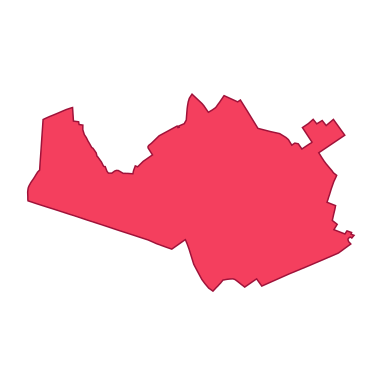 the district of Thanh Xuan, Ha Noi, Vietnam, rotated 183°
{"feature_id": "81297802B66022953489908", "entity_name": "Thanh Xuan", "entity_type": "district", "adm_level": 2, "iso_a3": "VNM", "parent_name": "Vietnam", "parent_adm1": "Ha Noi", "projection": "orthographic", "projection_center": [105.818, 20.995], "detail": "fine", "context": "isolated", "style": "filled", "palette": "rose", "viewbox_px": 384, "rotation_deg": 183, "n_neighbors": 0, "source": "geoboundaries", "source_scale": "gbopen_adm2", "svg_char_len": 3224}
<svg xmlns="http://www.w3.org/2000/svg" viewBox="0 0 384 384"><g transform="rotate(183 192 192)"><path d="M30.7,148.4L31.9,149.6L33.0,150.6L33.8,152.7L33.5,153.7L32.4,154.9L31.3,155.2L30.0,154.4L27.9,157.2L31.0,158.2L30.5,159.9L35.2,161.3L37.1,158.1L48.3,161.8L45.3,167.3L50.4,170.9L49.4,176.9L48.5,181.7L48.2,183.7L48.1,184.8L47.9,185.9L56.6,188.8L56.1,190.9L55.8,191.8L55.5,193.1L55.2,194.3L54.8,195.6L54.6,196.4L53.1,202.4L51.0,209.6L50.9,209.9L49.2,214.0L48.4,216.2L51.7,218.5L52.4,219.3L52.8,219.9L53.3,220.5L54.6,221.9L55.3,222.6L56.5,223.9L59.1,226.7L59.6,227.2L60.4,228.2L60.9,228.8L61.6,229.6L64.6,233.7L66.1,235.9L67.5,237.8L42.4,256.7L54.6,271.9L61.5,265.4L65.7,270.2L71.0,266.6L74.8,270.9L79.4,266.4L85.1,262.1L74.8,248.1L75.5,247.3L77.4,246.0L80.5,243.7L84.5,240.7L88.4,245.7L90.3,246.0L91.9,246.2L94.8,244.0L98.5,249.4L101.1,251.4L107.5,254.9L116.6,256.4L129.5,259.0L135.0,267.0L141.2,276.0L148.5,286.4L150.1,285.2L151.1,284.4L165.0,289.9L165.5,289.2L166.4,287.6L167.7,285.5L168.0,285.0L168.7,283.8L169.4,282.7L170.5,281.1L172.3,278.2L173.2,277.2L176.0,275.0L179.8,272.5L180.2,272.9L184.7,278.8L186.7,280.9L194.0,287.1L197.1,289.7L198.2,287.9L199.6,285.4L200.5,281.8L201.0,277.6L201.2,274.8L201.4,267.8L201.5,263.5L202.9,260.8L203.2,259.9L207.0,258.0L208.6,257.2L208.2,256.0L209.4,255.6L209.8,256.5L210.3,257.1L227.8,246.4L230.2,243.8L235.0,238.6L237.6,236.3L238.3,235.1L238.3,234.4L238.1,233.6L233.4,227.0L242.3,220.1L247.6,214.3L250.0,215.1L251.3,210.9L251.6,209.7L251.8,208.3L252.0,207.1L257.0,207.2L260.0,207.1L261.7,207.0L264.7,208.6L266.8,209.6L268.6,209.6L270.3,208.9L273.1,206.6L276.5,206.5L278.0,208.2L280.0,212.8L280.6,212.8L281.2,212.9L281.6,213.1L282.2,214.0L284.0,217.2L288.0,222.2L288.7,222.7L289.0,223.6L289.7,226.0L292.0,229.0L293.2,230.5L294.5,231.2L296.9,235.0L298.7,237.7L299.5,239.2L300.4,240.8L302.5,243.6L303.4,246.0L304.3,248.5L304.5,253.1L308.3,253.5L308.9,256.2L314.1,256.6L315.7,270.1L316.7,269.8L321.8,267.8L325.3,266.1L327.9,264.8L328.2,264.7L328.3,264.6L331.6,263.0L335.6,261.1L338.0,260.0L342.1,257.9L342.3,257.8L344.1,256.8L344.5,256.6L344.8,237.8L345.0,224.6L345.2,214.4L345.3,205.9L345.8,205.4L347.3,203.7L347.6,203.1L349.0,200.6L349.8,199.0L350.8,197.3L351.3,196.4L352.6,194.4L353.7,192.5L354.1,191.6L354.9,190.0L355.3,189.0L355.6,188.1L355.8,187.3L355.9,186.4L356.0,185.3L356.1,183.3L355.7,178.7L355.6,177.1L355.5,175.7L355.3,174.6L353.9,174.2L351.3,173.5L346.7,172.2L346.2,172.1L345.9,172.0L336.0,169.4L328.2,167.4L313.3,163.4L311.7,163.0L311.2,162.9L294.8,158.4L282.8,155.2L261.6,149.4L247.7,145.7L242.6,144.3L233.2,141.8L226.4,139.2L226.0,139.0L224.6,138.5L214.4,135.4L209.2,133.9L196.5,143.9L196.1,144.1L195.8,143.4L194.1,139.9L191.9,134.7L186.5,120.0L185.3,117.9L179.8,108.8L177.6,105.2L174.4,101.3L170.3,96.9L169.4,96.3L168.7,95.9L165.9,94.1L163.7,96.7L163.4,97.1L162.0,98.7L161.5,99.2L160.4,100.6L159.8,101.3L159.3,101.9L158.6,102.7L158.0,103.6L156.3,105.8L155.3,105.9L154.3,106.2L152.5,106.6L150.2,107.0L148.5,107.2L146.5,107.4L144.4,106.8L142.0,105.2L140.6,104.2L139.6,103.5L138.4,102.6L137.4,101.9L136.6,101.4L134.4,99.8L123.9,107.9L122.9,108.6L117.4,101.7L90.7,115.3L71.2,124.6L42.6,138.7L30.7,148.4Z" fill="#f43f5e" stroke="#9f1239" stroke-width="1.5"/></g></svg>